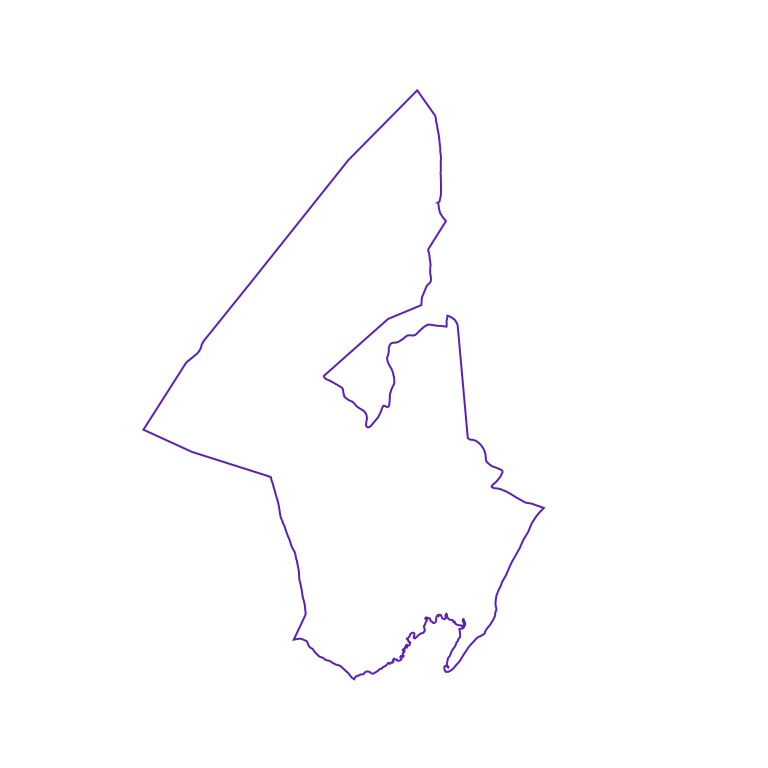 Morrumbene, Inhambane, Mozambique, rotated 25°
{"feature_id": "85939544B85400452133709", "entity_name": "Morrumbene", "entity_type": "district", "adm_level": 2, "iso_a3": "MOZ", "parent_name": "Mozambique", "parent_adm1": "Inhambane", "projection": "natural_earth1", "projection_center": [35.2, -23.422], "detail": "fine", "context": "isolated", "style": "outline", "palette": "violet", "viewbox_px": 768, "rotation_deg": 25, "n_neighbors": 0, "source": "geoboundaries", "source_scale": "gbopen_adm2", "svg_char_len": 6153}
<svg xmlns="http://www.w3.org/2000/svg" viewBox="0 0 768 768"><g transform="rotate(25 384 384)"><path d="M185.3,527.1L238.8,526.7L318.2,516.4L320.9,516.3L322.6,518.6L325.7,521.7L327.7,524.3L330.9,527.7L332.1,529.4L336.1,533.8L336.5,534.0L337.0,535.0L338.0,535.9L341.6,541.0L345.8,547.3L347.3,549.0L350.8,552.1L351.1,552.7L354.7,555.6L354.8,556.0L359.9,561.2L364.7,565.6L366.7,567.8L366.9,568.3L370.6,571.6L374.0,574.0L375.6,575.8L378.2,579.5L379.6,580.8L380.5,582.3L380.9,582.4L381.4,583.5L383.9,586.7L386.3,590.2L389.1,595.6L390.5,597.7L392.8,600.4L395.3,604.1L395.8,604.5L401.1,612.4L402.9,614.2L405.3,617.4L409.6,624.4L410.4,626.3L410.3,653.8L413.7,651.4L416.4,649.9L421.8,649.7L423.1,649.9L426.3,653.0L427.7,653.8L429.2,654.2L431.2,654.2L435.2,656.5L440.5,658.3L441.5,658.3L443.8,658.0L445.3,658.1L446.8,658.6L448.1,658.7L451.8,657.9L455.4,658.5L458.9,658.6L462.2,658.0L463.7,658.0L473.7,661.1L478.6,663.6L481.7,664.2L481.8,662.1L482.1,661.0L482.9,660.1L483.6,659.6L485.1,657.6L487.9,655.8L488.3,654.9L488.5,653.5L489.5,652.2L490.0,651.7L491.6,651.2L493.4,651.1L494.6,651.5L495.7,651.5L496.6,651.1L497.2,650.4L499.3,647.1L500.0,645.9L500.5,644.3L502.2,642.9L502.7,641.2L504.5,638.9L505.0,638.0L505.6,635.4L506.1,634.8L506.7,634.8L507.3,635.2L507.7,635.1L508.4,633.1L509.5,632.9L509.9,631.5L509.0,630.8L508.8,630.0L509.0,629.1L509.2,628.7L509.8,629.0L511.1,628.9L511.8,628.2L512.8,629.0L513.4,629.0L513.9,628.9L515.3,627.7L515.9,626.9L516.2,625.8L515.8,625.4L514.4,624.9L514.1,623.9L514.3,623.4L515.2,623.0L516.3,623.3L516.8,623.0L516.6,622.0L514.9,620.7L514.8,620.0L515.2,619.4L515.3,618.6L515.8,618.0L515.4,617.5L514.9,616.6L514.7,616.7L514.4,617.7L513.6,617.6L513.4,616.8L513.5,616.2L514.4,615.6L514.8,615.1L514.2,613.7L514.5,613.1L516.1,613.2L516.1,612.7L515.9,612.4L514.7,612.2L514.4,611.5L514.6,611.0L514.9,610.7L516.2,610.9L517.1,610.5L517.4,609.9L517.4,609.1L517.0,607.2L516.1,607.0L515.3,607.3L514.8,606.8L514.7,606.3L514.1,605.8L512.7,605.6L512.4,605.1L513.3,603.8L513.7,602.6L513.6,600.1L513.8,599.0L514.1,598.3L515.1,597.2L516.7,597.1L517.4,598.0L517.9,600.9L518.4,601.6L519.7,601.4L519.8,600.6L520.8,599.1L521.1,597.7L522.5,594.9L525.0,592.7L525.0,591.5L525.3,590.8L524.5,589.0L522.7,587.0L522.5,586.3L522.8,585.0L522.5,582.1L522.8,580.5L522.6,580.1L520.5,579.1L520.4,578.5L521.2,577.5L521.5,577.5L522.9,578.1L523.6,577.2L524.5,577.2L525.5,577.7L526.3,579.1L527.8,579.1L529.4,579.8L530.6,579.3L531.0,578.7L531.4,577.5L531.2,576.3L530.7,575.3L530.0,573.1L530.3,570.9L530.7,570.6L531.6,571.1L531.7,569.7L532.9,569.4L533.5,569.6L535.4,571.4L536.4,571.7L538.1,571.7L538.6,571.0L538.7,570.2L537.4,567.2L537.6,565.9L538.3,566.2L540.0,568.9L540.7,569.0L541.4,569.5L542.2,569.8L543.2,569.8L544.2,569.6L545.6,569.0L546.5,569.1L547.1,569.4L547.3,570.3L547.8,570.4L548.7,569.7L549.2,570.0L549.3,570.6L549.7,571.0L551.4,571.3L553.3,571.1L555.8,570.3L557.4,570.0L557.8,570.1L557.7,570.5L558.1,570.4L558.4,569.9L558.2,568.4L557.3,566.9L556.6,566.4L555.3,565.1L555.1,564.4L555.2,563.7L555.4,563.4L555.8,563.6L557.1,565.3L558.6,566.4L559.3,568.2L559.2,570.4L559.0,571.7L557.9,572.9L556.3,573.7L555.9,574.3L558.4,578.0L559.8,580.9L559.9,581.6L559.2,583.6L559.5,585.6L558.9,587.6L559.3,589.7L559.1,592.9L558.5,595.5L558.2,597.7L558.6,602.5L557.9,605.4L559.2,611.0L559.7,611.8L560.9,612.7L562.0,613.2L562.1,613.7L561.1,613.7L560.0,613.1L559.2,613.1L558.4,614.0L558.3,614.9L558.6,615.8L559.8,617.6L561.8,618.8L564.1,617.5L565.8,615.1L566.9,613.0L569.8,602.7L570.8,593.8L571.4,590.7L571.7,587.7L572.6,584.1L575.6,574.8L576.6,573.2L578.2,571.5L580.5,568.0L580.7,567.3L580.3,565.6L580.4,564.0L580.8,561.5L581.8,558.2L582.7,551.0L582.6,546.9L581.6,544.7L581.2,540.7L578.6,537.3L577.4,535.0L575.3,528.2L575.0,522.2L575.1,516.8L574.7,513.9L575.4,505.8L575.0,492.8L576.4,475.0L576.2,470.6L576.3,464.9L577.2,457.4L576.8,447.7L577.9,439.7L579.2,434.6L581.2,428.8L568.1,430.1L562.2,431.7L551.7,430.9L544.3,430.0L539.7,429.8L533.6,430.1L530.7,430.8L529.0,431.5L527.4,431.9L525.5,431.8L525.0,431.6L524.9,431.0L525.1,429.4L526.9,425.5L528.6,419.4L528.7,413.6L527.9,412.7L527.0,412.3L525.0,412.3L519.3,412.5L517.3,412.9L514.5,412.5L511.1,411.6L509.2,410.6L508.4,409.7L507.1,407.1L506.7,406.8L506.3,405.7L503.4,402.2L501.0,400.3L497.8,398.4L495.4,397.5L491.8,396.7L489.2,396.8L484.9,398.1L482.8,397.6L425.9,299.6L423.8,297.7L421.2,296.1L419.8,295.6L415.8,295.0L414.5,295.0L412.6,295.4L413.0,296.0L414.2,300.9L415.4,302.9L416.4,305.6L410.8,307.4L407.5,308.8L401.1,310.6L399.0,311.5L398.3,312.1L396.3,315.0L394.7,318.4L392.1,325.4L391.4,326.5L391.0,326.7L390.7,327.2L389.2,328.1L387.3,328.7L385.0,329.9L383.9,331.4L382.5,334.6L379.6,339.3L377.4,341.4L374.9,342.7L373.7,343.8L373.0,344.8L372.8,346.0L373.0,348.7L373.4,350.2L374.2,351.4L374.8,353.1L375.6,356.6L375.6,358.6L376.0,359.6L378.1,362.4L380.1,364.2L385.0,367.6L387.7,370.4L388.7,371.9L389.9,373.1L392.4,377.5L393.1,379.7L393.0,385.3L393.8,391.0L396.1,396.4L397.8,401.5L397.6,402.5L396.8,403.5L393.2,403.7L392.6,404.1L392.5,406.7L392.9,411.5L392.7,416.9L389.6,428.2L389.0,429.1L388.0,430.0L387.1,430.2L385.3,429.3L384.5,427.7L384.5,427.2L383.6,424.6L383.6,424.0L382.9,421.9L380.8,419.0L378.4,417.5L375.7,416.7L373.0,416.5L369.5,416.0L366.7,415.0L365.4,414.2L362.7,413.4L359.0,413.5L355.3,412.9L353.0,411.8L352.3,411.0L352.1,410.4L351.6,410.1L349.1,406.3L348.2,405.5L346.8,405.0L334.5,403.9L329.3,404.0L327.6,403.5L326.5,402.7L326.2,401.8L360.2,323.3L384.5,296.7L381.8,289.5L381.3,277.5L381.5,276.0L382.8,273.0L383.0,271.0L381.6,267.8L378.6,263.3L378.0,261.7L376.8,259.2L375.9,256.3L375.5,256.0L374.4,253.8L372.2,250.8L371.7,249.5L370.6,247.9L369.3,246.1L367.8,244.6L367.2,243.0L371.3,210.1L366.6,207.9L362.6,205.3L360.4,202.7L356.4,196.7L356.1,196.8L357.2,195.1L355.8,188.9L351.8,180.0L347.1,170.6L346.0,168.7L345.4,166.7L341.8,159.2L339.8,154.3L336.6,149.2L335.3,146.4L331.0,139.5L330.5,138.3L330.1,138.1L328.9,135.9L326.0,131.8L325.7,131.6L324.9,130.2L324.5,130.0L322.9,127.3L320.8,124.7L319.3,122.6L319.2,122.0L317.1,119.3L290.0,103.8L257.1,196.0L220.2,349.1L202.5,421.0L202.1,424.8L202.7,428.2L202.8,430.2L202.5,432.7L201.7,435.6L195.7,448.1L185.3,527.1Z" fill="none" stroke="#5b21b6" stroke-width="2"/></g></svg>